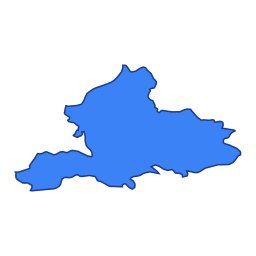 SVG path tracing the border of Gelderland
{"feature_id": "NLD-896", "entity_name": "Gelderland", "entity_type": "Province", "adm_level": 1, "iso_a3": "NLD", "parent_name": "Netherlands", "parent_adm1": "", "projection": "natural_earth1", "projection_center": [5.899, 52.128], "detail": "fine", "context": "isolated", "style": "filled", "palette": "blue", "viewbox_px": 256, "rotation_deg": 0, "n_neighbors": 0, "source": "natural_earth", "source_scale": "10m", "svg_char_len": 3544}
<svg xmlns="http://www.w3.org/2000/svg" viewBox="0 0 256 256"><path d="M235.6,131.0L234.8,131.1L232.9,132.0L230.7,133.7L230.1,134.6L229.1,136.7L228.1,137.7L226.6,138.3L225.3,138.3L224.2,138.8L223.3,140.4L223.6,142.9L225.6,144.0L228.3,144.6L236.4,148.2L239.7,150.9L240.3,151.7L240.6,152.7L240.5,154.7L239.9,155.2L239.0,155.3L237.9,156.2L235.1,160.3L232.2,163.0L228.9,164.5L217.8,164.8L205.4,168.1L199.3,171.9L197.2,172.6L194.7,172.6L186.7,170.7L187.7,174.3L187.2,175.9L182.5,177.0L182.2,174.5L180.1,173.5L175.3,173.0L174.8,172.4L173.4,170.5L172.5,169.8L171.5,169.7L167.6,170.4L163.4,169.0L159.4,166.4L155.3,164.9L151.1,166.7L152.6,167.7L157.3,171.5L159.0,173.6L157.0,173.2L154.0,172.6L150.0,171.8L144.9,172.9L143.1,173.6L140.5,175.1L138.1,176.0L133.0,176.7L131.0,177.8L130.5,179.3L133.4,181.0L135.0,184.1L134.8,187.3L132.8,188.9L132.6,189.0L132.2,189.1L129.0,187.4L128.6,187.0L126.3,184.6L125.8,184.0L125.4,183.9L124.8,183.9L123.6,184.1L122.5,184.7L122.4,186.8L109.6,186.3L100.9,181.5L98.4,181.0L97.3,180.3L95.7,177.2L95.0,176.5L89.4,175.5L81.5,176.5L79.6,176.0L77.3,174.7L74.8,175.5L72.4,177.0L69.8,177.7L64.8,177.4L62.3,178.5L61.2,181.6L60.6,184.3L59.0,186.3L56.8,187.8L54.4,188.7L31.6,190.8L30.4,190.5L31.9,187.8L31.9,185.3L27.3,182.8L25.9,183.1L22.9,183.0L18.2,180.2L16.3,178.5L16.0,177.2L15.9,176.3L15.8,174.8L16.1,173.5L16.1,173.2L15.4,172.2L19.0,172.0L28.6,168.8L29.8,168.2L30.0,167.8L30.0,167.3L29.7,166.6L29.5,165.7L33.9,159.5L34.5,158.7L37.6,153.7L39.5,153.9L42.5,153.4L44.7,152.1L46.6,151.8L53.6,154.8L56.2,154.3L59.8,152.1L62.6,151.6L65.9,152.5L67.3,152.6L68.4,152.1L70.9,150.7L72.5,150.4L77.8,151.3L87.4,155.9L91.6,156.7L92.1,155.9L92.1,153.4L91.9,152.6L91.7,151.9L91.2,151.2L90.3,149.8L87.8,147.6L86.2,145.4L85.1,140.5L85.3,136.7L85.0,135.8L84.9,134.9L83.9,131.7L81.8,132.1L82.4,133.2L82.3,133.9L82.1,134.5L81.6,135.3L81.1,135.7L80.6,136.0L80.1,136.0L79.7,136.1L78.4,136.9L77.2,137.3L73.8,135.9L73.5,135.6L73.3,135.3L74.3,134.6L74.9,134.1L75.2,133.6L76.0,131.8L76.9,130.2L78.3,130.3L78.3,130.1L78.3,129.8L78.2,129.3L78.2,128.2L78.8,127.2L78.8,126.7L78.5,126.3L77.5,125.4L76.5,124.9L76.0,124.6L74.9,123.3L74.1,122.7L71.5,122.3L68.6,121.5L67.8,120.4L67.9,120.1L68.1,119.9L68.9,119.4L69.4,118.7L69.6,117.2L65.1,114.3L64.4,113.3L64.7,111.6L65.2,108.9L65.9,105.8L66.0,105.7L68.1,106.3L76.9,105.5L81.4,104.3L83.8,100.8L85.1,97.4L87.1,93.4L89.8,91.4L93.2,89.1L96.5,87.6L100.8,86.2L106.3,84.2L111.0,82.4L114.1,80.4L116.5,78.1L119.3,74.7L121.5,71.8L122.8,67.8L122.9,65.3L122.9,65.2L124.7,65.3L126.0,65.5L127.5,67.3L130.1,71.3L130.9,71.8L131.9,72.0L135.7,71.1L139.7,68.5L143.3,67.0L144.8,67.5L145.6,67.9L146.5,68.9L147.4,70.4L149.6,72.3L150.5,72.9L151.3,73.8L152.4,76.3L153.4,78.3L156.0,81.2L156.2,81.7L156.4,82.1L156.2,83.9L154.4,87.8L150.2,88.9L149.9,89.1L149.6,89.3L150.2,90.4L150.3,91.1L149.2,92.4L148.1,95.9L147.9,97.1L148.3,97.6L149.5,99.1L150.2,99.7L152.7,100.6L155.0,105.2L154.9,106.5L154.7,107.0L154.9,107.5L155.4,107.8L156.8,108.3L157.4,108.7L157.6,109.5L157.2,110.5L157.1,110.9L157.3,111.3L157.7,111.7L158.7,112.4L159.1,112.5L159.4,112.5L160.3,111.4L161.4,110.6L161.8,110.5L163.0,110.5L171.7,111.9L179.6,111.8L180.8,111.5L182.7,110.4L187.0,109.0L190.7,109.4L191.4,110.4L191.5,110.6L197.5,117.4L201.1,120.1L204.1,119.9L208.9,120.3L212.4,119.8L213.1,119.8L213.8,120.0L214.3,120.8L214.4,121.4L214.4,121.9L214.9,122.1L215.4,122.2L219.8,121.3L220.8,121.5L222.0,121.9L222.5,122.2L222.8,122.6L223.0,123.3L223.1,124.9L223.1,125.7L221.9,128.1L234.0,130.1L235.5,131.0L235.6,131.0Z" fill="#3b82f6" stroke="#1e3a8a" stroke-width="1.5"/></svg>